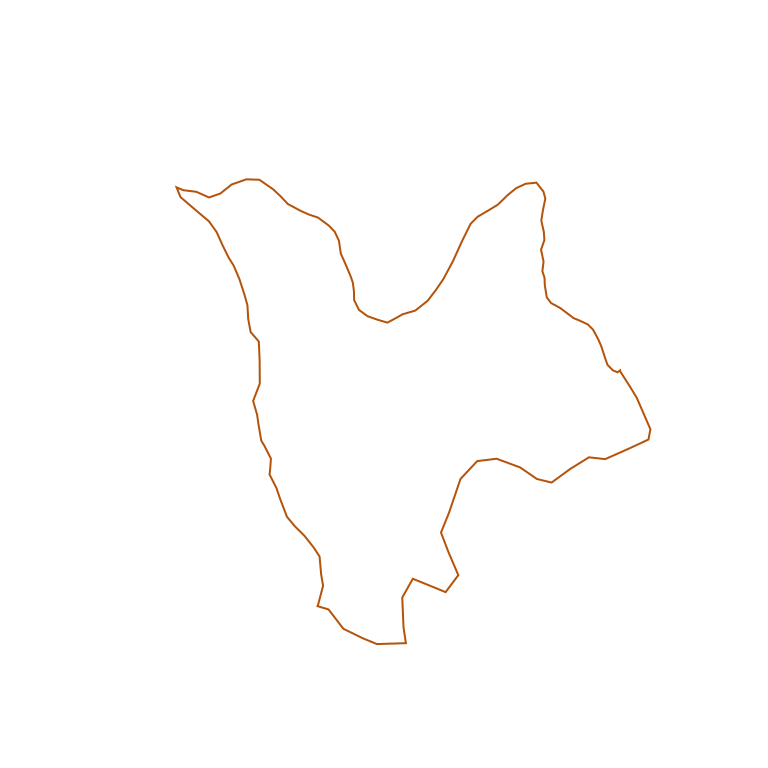 Agsu District, Ağsu, Azerbaijan (Robinson projection), rotated 292°
{"feature_id": "54616110B12323901372431", "entity_name": "Agsu District", "entity_type": "district", "adm_level": 2, "iso_a3": "AZE", "parent_name": "Azerbaijan", "parent_adm1": "Ağsu", "projection": "robinson", "projection_center": [48.44, 40.562], "detail": "fine", "context": "isolated", "style": "outline", "palette": "amber", "viewbox_px": 768, "rotation_deg": 292, "n_neighbors": 0, "source": "geoboundaries", "source_scale": "gbopen_adm2", "svg_char_len": 1762}
<svg xmlns="http://www.w3.org/2000/svg" viewBox="0 0 768 768"><g transform="rotate(292 384 384)"><path d="M488.6,118.0L481.0,125.4L473.2,148.7L469.3,160.7L462.1,172.0L452.2,182.3L443.0,192.6L437.6,200.1L426.8,210.9L414.5,221.2L405.8,227.9L393.5,233.7L382.2,240.9L376.5,252.0L359.4,259.8L337.8,268.7L319.3,269.0L307.9,277.9L299.8,282.6L285.4,291.5L282.1,296.0L272.5,307.1L262.3,310.4L257.2,311.8L247.3,323.2L238.6,330.7L224.5,343.8L218.5,355.0L213.4,367.2L205.9,380.3L199.9,388.9L184.0,397.0L174.1,403.1L154.6,405.6L153.1,405.6L154.2,417.0L141.8,438.1L140.3,459.8L140.2,474.8L151.9,501.4L165.8,493.2L192.9,480.9L214.2,483.7L214.2,498.6L214.1,519.1L234.6,524.5L252.2,506.8L267.6,492.5L288.8,492.5L324.7,490.5L347.4,499.3L356.9,516.4L357.6,541.6L353.2,561.3L355.4,576.3L375.2,588.6L392.8,601.5L397.2,617.2L416.2,635.6L431.6,650.0L439.1,648.5L441.9,647.9L466.0,623.4L474.1,612.5L484.3,598.1L485.0,597.8L482.4,596.2L482.4,591.1L485.5,584.0L490.3,579.8L500.5,571.2L505.8,565.8L512.7,557.5L515.6,550.6L516.1,540.8L516.1,535.2L520.5,518.7L521.6,508.7L525.3,502.5L535.6,496.2L542.7,493.0L547.9,488.6L557.2,486.1L567.4,479.3L577.5,478.8L585.1,475.1L594.3,468.7L603.5,466.5L616.4,464.1L622.2,459.7L627.8,449.9L622.7,440.3L615.1,433.2L605.3,427.8L593.0,422.4L585.0,416.5L574.2,408.2L565.0,404.3L545.3,402.8L523.4,401.9L503.4,399.7L491.0,397.0L477.5,393.3L463.8,385.5L455.7,375.2L450.4,371.0L442.2,364.2L441.2,354.4L440.7,343.4L443.3,333.1L450.7,324.8L458.3,321.6L466.2,317.2L471.5,312.6L482.3,301.8L488.6,295.2L499.9,288.6L506.7,281.3L510.2,273.5L513.6,260.5L513.0,251.0L513.3,241.9L514.9,227.3L519.3,217.8L523.0,208.2L526.7,191.9L522.2,179.7L511.9,168.0L499.3,160.9L491.4,151.9L491.9,138.0L488.5,125.3L488.6,118.0Z" fill="none" stroke="#b45309" stroke-width="2"/></g></svg>